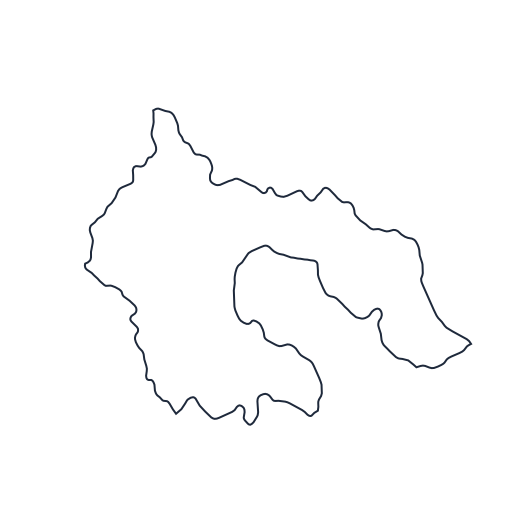 San José de Ocoa, San José de Ocoa, Dominican Republic, rotated 156°
{"feature_id": "3306468B57713364990292", "entity_name": "San José de Ocoa", "entity_type": "district", "adm_level": 2, "iso_a3": "DOM", "parent_name": "Dominican Republic", "parent_adm1": "San José de Ocoa", "projection": "equal_earth", "projection_center": [-70.491, 18.553], "detail": "fine", "context": "isolated", "style": "outline", "palette": "slate", "viewbox_px": 512, "rotation_deg": 156, "n_neighbors": 0, "source": "geoboundaries", "source_scale": "gbopen_adm2", "svg_char_len": 6126}
<svg xmlns="http://www.w3.org/2000/svg" viewBox="0 0 512 512"><g transform="rotate(156 256 256)"><path d="M270.8,375.8L271.2,383.2L271.7,385.5L272.4,386.6L274.5,388.7L275.1,389.8L275.5,391.0L275.3,394.6L276.1,398.4L276.2,400.0L275.8,402.4L274.3,406.7L273.9,409.3L273.8,415.6L274.0,418.2L274.5,419.9L275.1,421.3L276.5,423.0L279.9,425.4L285.0,430.2L286.4,430.8L287.7,431.0L290.7,430.8L291.6,428.0L293.2,424.5L295.0,420.0L296.3,417.9L300.6,412.1L301.8,409.9L302.3,408.3L302.6,406.6L302.7,398.5L303.1,395.9L304.0,393.7L305.3,392.0L306.5,391.2L310.8,389.1L311.9,389.0L313.7,389.5L314.8,389.3L315.8,388.6L319.6,385.1L321.6,384.3L322.9,384.2L324.9,384.5L328.2,386.5L329.4,387.0L331.3,386.8L332.4,386.0L333.7,384.3L335.3,379.9L337.3,375.3L338.1,374.1L338.6,373.7L339.9,373.2L341.2,373.0L350.1,373.2L352.3,373.0L353.7,372.6L355.6,371.5L360.6,366.6L366.4,363.0L371.6,361.4L373.4,360.0L376.7,356.7L378.0,355.8L380.0,355.2L385.4,354.4L389.5,352.3L393.4,351.3L394.7,350.8L396.2,349.3L397.3,347.3L397.8,344.9L398.2,338.8L398.8,336.3L400.0,334.2L405.1,326.8L407.3,321.8L408.6,320.1L409.7,319.3L412.4,318.5L415.2,318.5L416.2,316.9L416.7,314.9L416.5,313.5L416.0,312.2L412.9,307.2L411.8,304.1L409.9,299.8L408.9,296.6L406.3,291.0L405.3,289.8L401.0,288.2L399.9,287.4L397.3,284.8L394.5,281.1L393.6,279.2L393.3,277.9L393.7,274.9L393.4,273.0L389.7,266.6L387.0,260.2L386.7,258.7L386.6,257.4L386.9,256.0L387.5,254.7L388.4,253.6L390.1,252.6L393.5,252.0L394.6,251.6L396.0,250.3L396.6,249.1L396.7,248.3L396.5,246.9L393.7,239.7L393.4,237.7L393.8,236.4L394.4,235.3L395.3,234.4L397.5,233.2L398.5,232.3L399.8,230.6L400.4,229.0L400.8,226.1L400.6,222.3L400.1,219.5L398.6,215.3L398.5,213.7L398.6,212.0L400.1,206.9L400.9,200.3L401.5,197.5L402.6,195.3L405.1,191.3L405.7,189.2L405.6,187.8L405.3,187.2L404.5,186.4L402.2,185.4L401.8,185.0L401.2,183.7L401.0,182.2L401.1,179.8L403.1,174.1L403.3,171.6L403.2,170.1L402.8,168.7L401.4,166.1L400.1,162.2L399.3,161.3L396.4,159.6L395.6,158.5L395.0,156.1L394.3,149.7L393.2,144.4L386.5,146.4L380.8,150.0L378.0,152.0L376.8,152.6L373.4,153.1L370.9,152.6L369.9,151.7L369.2,150.3L368.3,142.2L365.7,134.6L362.5,126.7L361.2,125.0L360.1,124.1L358.0,123.4L355.7,123.2L341.1,123.3L338.2,123.9L334.9,125.9L333.0,126.4L331.7,126.2L330.2,124.9L329.2,122.8L329.0,122.0L329.1,120.3L329.9,118.0L332.8,113.6L333.1,112.9L333.2,111.4L332.9,110.0L331.6,106.1L330.9,104.9L329.9,104.2L328.2,104.3L325.9,105.1L320.3,108.9L319.2,109.9L317.6,112.4L313.8,122.7L312.7,124.6L311.7,125.6L310.5,126.4L308.4,126.9L305.6,126.8L303.6,126.3L301.9,125.0L300.7,123.2L300.2,121.7L299.4,118.1L298.8,116.8L298.4,116.4L297.3,115.7L294.4,114.6L288.6,111.1L286.8,109.6L285.1,107.7L276.6,96.6L274.9,93.7L273.5,90.0L272.4,88.4L271.4,87.7L270.3,87.5L266.5,89.0L262.4,89.5L260.4,92.8L258.9,96.5L258.2,97.8L256.8,99.3L253.5,101.6L251.7,103.8L248.5,111.7L248.1,114.3L247.9,118.8L247.9,131.6L248.0,134.3L248.3,136.0L248.9,137.6L249.7,139.1L254.0,145.0L255.3,147.1L256.1,149.4L257.2,155.3L258.3,157.6L259.7,159.7L261.4,161.4L263.3,162.5L269.4,163.4L271.4,164.2L273.2,165.8L274.8,167.7L279.9,174.3L281.0,176.4L281.3,177.9L281.1,179.3L280.1,182.7L279.7,186.1L279.8,190.6L280.4,193.1L282.2,196.0L284.3,198.0L284.9,198.2L286.0,198.3L288.5,197.1L290.3,197.0L292.2,197.8L294.4,200.1L296.2,203.0L296.9,205.6L297.1,209.2L297.0,214.6L296.6,217.2L296.2,218.8L290.3,233.5L286.4,239.9L284.9,243.7L283.8,245.8L281.5,249.2L278.9,252.3L277.7,253.3L276.5,254.2L275.2,254.7L271.3,255.8L262.7,261.1L261.5,261.7L257.9,262.2L248.9,262.2L244.5,262.0L243.1,261.6L241.9,260.9L240.9,259.8L240.1,258.6L238.7,255.0L237.6,252.7L235.6,250.1L233.9,248.4L230.4,246.0L224.7,240.5L222.2,239.1L218.9,236.7L216.5,235.4L213.1,233.1L210.6,231.8L207.9,229.9L205.6,228.6L204.5,227.8L203.7,226.8L203.1,225.5L203.0,224.8L203.2,223.4L205.2,217.9L207.0,213.7L207.5,211.0L207.7,207.3L207.8,199.6L207.5,194.0L207.0,192.3L205.9,190.3L204.4,188.9L201.7,187.0L200.3,185.4L199.5,184.1L196.6,176.9L195.6,173.7L193.8,169.5L192.5,165.6L189.6,159.6L188.7,158.7L185.0,155.9L183.7,155.3L181.7,154.9L178.9,155.0L176.8,155.5L172.8,157.9L169.9,158.8L167.8,158.8L166.4,158.5L165.2,157.6L164.8,156.9L164.4,155.4L164.3,153.8L164.6,152.2L165.2,150.7L167.0,148.5L169.8,146.8L170.8,145.9L172.0,144.1L172.6,142.6L172.9,140.7L173.6,134.2L175.5,128.1L175.8,125.5L175.6,123.0L175.1,121.4L173.7,117.8L172.6,114.7L169.3,106.8L168.0,105.0L167.0,104.1L164.1,102.4L159.4,98.7L156.4,92.9L154.7,89.1L150.4,88.6L148.1,88.0L146.2,86.8L142.9,83.5L141.1,82.1L138.9,81.3L134.9,81.0L131.0,81.1L128.7,81.4L127.2,81.9L123.8,83.9L121.6,84.5L118.4,84.7L109.6,84.6L106.4,84.8L104.2,85.4L100.1,87.6L98.1,88.0L95.3,88.2L95.9,91.5L97.3,94.3L107.2,107.3L111.1,113.0L112.0,115.4L113.0,120.2L114.8,125.3L115.3,128.2L115.5,134.1L115.5,160.2L115.4,164.0L115.2,165.8L114.4,168.1L111.8,170.8L110.6,172.5L107.4,180.4L107.0,182.2L106.2,189.8L104.4,195.1L103.9,197.9L103.8,200.7L104.0,203.6L104.4,205.4L105.1,206.8L106.5,208.5L109.9,210.8L112.1,213.0L114.4,216.5L116.2,220.8L117.1,222.0L118.1,223.0L120.0,224.0L124.4,224.6L126.6,225.3L128.4,226.6L132.4,230.3L133.6,231.0L138.1,232.6L139.1,233.5L140.1,234.6L140.8,235.8L142.8,240.3L146.3,246.1L148.5,252.6L148.6,254.6L147.6,257.9L147.2,260.3L147.3,262.9L147.9,265.3L148.7,266.5L149.7,267.5L151.5,268.4L153.8,269.2L155.3,270.3L157.9,275.5L159.1,279.4L161.8,286.8L163.0,288.7L164.0,289.6L165.2,290.2L167.2,290.1L171.1,287.8L175.6,286.2L178.9,284.2L180.8,283.7L182.7,284.0L183.8,284.7L184.9,286.5L186.6,290.5L187.7,295.7L188.3,297.0L188.9,297.5L190.1,298.2L192.2,298.5L202.9,298.3L206.7,298.8L209.1,300.2L211.6,302.3L212.5,303.3L213.1,305.7L213.6,310.5L214.3,311.9L214.7,312.4L215.8,312.9L217.5,312.8L218.5,312.2L219.8,310.7L221.4,310.0L223.1,310.2L224.1,310.8L224.9,311.9L228.6,319.5L232.2,323.1L239.4,332.0L241.7,334.2L243.0,334.8L244.3,335.1L246.5,335.0L250.4,335.5L259.9,335.6L262.2,336.3L263.5,337.1L264.6,338.2L266.0,340.1L266.7,341.5L267.0,343.1L267.0,343.9L266.4,345.8L264.9,348.9L264.0,349.8L261.6,351.9L260.8,353.0L260.1,354.4L259.6,356.2L259.4,358.1L259.3,361.0L259.5,362.9L260.3,365.5L262.0,367.8L264.5,369.7L266.1,371.4L269.1,372.9L270.0,373.7L270.8,375.8Z" fill="none" stroke="#1e293b" stroke-width="2"/></g></svg>